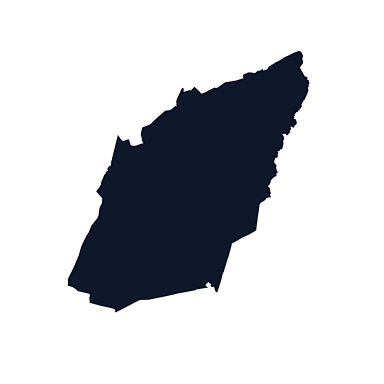 Annas pag., Aluksne, Latvia (orthographic projection), rotated 163°
{"feature_id": "27541924B70085660000419", "entity_name": "Annas pag.", "entity_type": "district", "adm_level": 2, "iso_a3": "LVA", "parent_name": "Latvia", "parent_adm1": "Aluksne", "projection": "orthographic", "projection_center": [26.969, 57.339], "detail": "fine", "context": "isolated", "style": "filled", "palette": "ink", "viewbox_px": 384, "rotation_deg": 163, "n_neighbors": 0, "source": "geoboundaries", "source_scale": "gbopen_adm2", "svg_char_len": 5884}
<svg xmlns="http://www.w3.org/2000/svg" viewBox="0 0 384 384"><g transform="rotate(163 192 192)"><path d="M318.0,164.4L325.4,155.5L330.6,149.7L330.8,149.7L335.4,144.7L335.6,144.2L337.2,139.0L333.7,136.7L331.2,133.8L330.6,133.0L329.7,131.2L318.8,124.9L319.7,120.9L320.3,120.9L321.4,116.3L312.2,110.5L304.1,106.0L299.5,103.1L299.6,100.0L273.4,104.8L264.5,102.3L260.3,102.0L249.9,100.9L241.2,100.2L240.1,100.0L237.7,100.1L218.0,97.9L216.6,98.3L206.2,96.9L206.9,97.7L207.1,98.2L207.1,98.8L206.9,99.3L206.6,99.7L204.6,101.1L203.7,101.6L202.0,101.7L201.6,101.4L201.4,100.4L201.1,99.8L200.5,99.3L200.1,98.8L200.0,98.4L200.2,97.5L200.7,96.9L200.8,96.6L200.8,96.4L200.6,96.2L199.8,95.8L197.9,95.3L197.7,94.9L197.8,94.5L197.9,93.3L197.7,92.2L198.0,91.5L198.0,91.2L197.6,90.3L197.6,89.9L197.7,89.1L190.1,100.2L188.3,103.5L187.0,105.4L185.4,107.1L179.9,115.4L178.9,116.7L178.9,117.3L177.5,118.7L177.0,119.3L170.4,129.8L169.7,131.4L169.6,131.9L167.8,132.1L163.8,132.8L158.5,134.2L149.3,135.5L142.4,137.2L139.1,144.6L138.4,145.9L137.1,149.1L133.7,156.1L133.6,156.9L133.2,157.3L131.9,160.3L130.4,161.8L128.4,162.7L126.8,162.9L125.1,163.5L124.5,163.8L123.5,164.8L120.3,165.2L119.6,165.1L118.7,164.8L118.7,165.0L119.1,165.8L119.5,166.2L119.5,166.4L119.4,166.7L118.5,167.3L117.7,168.1L117.6,168.5L117.8,169.8L117.8,170.7L117.3,171.8L117.2,172.8L117.4,173.2L118.3,174.6L118.4,175.3L118.2,175.8L117.1,176.6L116.6,177.3L116.0,177.2L115.5,177.4L115.3,178.1L114.8,178.6L114.8,179.4L114.1,179.9L113.9,180.4L112.4,181.5L112.0,181.7L111.8,182.1L110.7,182.2L110.3,182.6L109.9,182.8L109.6,182.8L109.2,183.2L108.7,183.4L108.2,183.2L107.2,183.2L107.0,183.4L107.0,185.0L106.8,185.6L105.2,185.9L105.0,186.1L105.0,186.9L105.5,188.6L105.3,189.3L105.2,190.0L105.4,190.5L105.3,191.1L104.6,191.9L104.3,192.4L104.6,193.8L105.4,195.0L105.4,196.8L105.1,197.6L104.5,198.9L103.5,199.7L102.7,201.1L102.4,201.3L102.0,201.2L100.8,200.7L100.6,200.8L100.1,201.4L100.0,201.9L100.1,202.5L100.0,203.1L99.5,203.5L98.9,204.3L99.0,205.8L99.2,206.5L99.0,207.0L98.3,207.3L97.8,207.3L97.2,206.5L96.9,206.4L96.5,206.6L96.2,206.9L96.1,207.1L96.1,207.8L95.7,208.4L95.2,208.4L94.6,207.7L94.0,207.4L93.7,207.4L93.6,207.5L93.6,207.8L93.1,208.5L92.2,209.5L92.4,210.2L91.4,211.3L90.6,214.2L89.9,215.6L89.1,216.0L89.0,216.3L89.1,217.3L89.1,217.7L88.8,218.3L88.7,218.6L89.4,219.4L89.3,219.9L89.4,220.1L90.0,220.2L90.2,220.5L89.8,221.3L89.3,221.6L88.8,221.6L85.4,221.3L85.0,220.8L84.7,220.2L84.6,219.6L84.4,219.2L84.0,219.2L82.5,220.4L81.3,221.0L81.3,221.3L81.8,221.7L81.9,222.3L81.5,222.6L80.0,223.0L79.5,224.2L79.5,224.5L79.7,224.8L79.7,225.1L79.8,225.4L80.0,225.5L79.6,226.2L79.2,226.3L78.8,226.2L78.3,226.4L77.7,226.1L76.9,226.8L76.7,226.0L76.4,225.6L76.3,225.0L76.2,224.8L76.0,224.7L75.8,225.0L75.4,225.2L75.2,226.0L75.4,226.4L75.3,226.5L74.5,226.6L74.0,226.4L73.0,226.8L73.1,227.1L72.1,227.9L72.1,228.3L72.5,229.2L72.1,230.1L72.2,230.7L72.7,231.2L73.7,231.3L74.1,231.6L74.2,232.2L73.9,232.7L73.6,233.2L73.2,233.4L73.3,233.8L73.5,234.2L73.3,234.8L73.1,235.2L72.3,235.3L72.7,235.9L72.7,236.3L71.9,236.8L71.1,236.9L70.7,237.2L70.6,237.5L70.8,238.1L70.7,238.3L69.8,238.3L69.6,238.1L68.6,238.8L68.1,238.8L67.8,238.5L67.6,238.6L67.7,239.1L67.0,239.8L66.5,239.8L65.8,239.4L65.7,239.6L65.6,240.1L65.1,241.1L64.7,241.1L63.9,240.9L63.6,241.4L63.4,241.9L62.6,242.1L62.7,243.0L62.7,243.6L62.2,244.3L61.6,244.7L61.5,245.4L61.1,245.7L60.9,246.0L59.9,246.4L59.9,246.8L59.9,247.5L58.6,247.6L57.2,248.5L56.7,249.3L54.4,251.7L51.7,255.3L51.6,256.9L51.7,258.3L51.4,258.6L50.8,258.7L50.2,259.1L50.1,259.9L49.6,261.1L48.7,261.9L48.6,262.3L48.8,262.6L49.4,263.0L49.2,263.9L48.4,264.1L48.4,264.4L49.1,264.7L49.5,265.2L49.6,265.7L49.8,266.0L49.7,266.7L49.2,266.9L49.0,267.5L49.4,268.3L50.8,268.4L53.3,279.7L48.6,283.5L48.4,287.0L47.1,289.6L46.8,289.7L46.9,291.9L47.0,292.6L47.6,293.9L48.7,294.9L53.2,294.7L57.8,294.0L58.3,293.8L59.4,293.7L60.5,293.3L61.5,293.6L62.9,293.0L63.7,293.0L64.1,292.6L65.2,293.0L65.6,292.7L65.3,292.4L65.8,292.1L67.9,291.9L71.7,291.1L74.2,290.8L74.7,290.6L74.8,290.4L76.5,290.1L77.0,289.8L77.5,289.7L78.1,289.8L78.7,289.6L79.1,289.3L80.7,289.1L81.8,288.6L82.8,287.5L83.1,287.5L83.2,287.2L83.6,286.9L84.9,286.7L85.2,286.5L87.5,286.5L89.0,286.2L88.9,286.9L89.2,288.1L92.0,287.2L93.1,287.9L94.7,287.5L96.1,286.8L97.2,286.5L98.9,287.2L100.5,288.2L103.5,289.2L105.3,288.7L107.3,288.9L108.2,288.4L108.9,287.4L108.3,284.5L109.8,284.9L111.1,285.1L112.7,285.0L117.8,285.0L128.2,286.4L136.6,283.7L138.0,283.6L138.3,283.4L139.1,283.7L140.0,284.4L140.2,284.5L146.9,283.5L148.2,282.9L154.5,282.3L157.0,287.1L159.1,290.9L163.6,288.4L164.6,289.4L171.7,289.4L171.8,289.9L170.5,293.0L170.9,293.5L177.9,285.8L179.5,283.7L180.1,282.5L179.9,282.1L180.3,280.6L180.6,280.3L181.0,277.8L182.6,277.3L182.8,278.2L188.7,275.9L193.7,276.8L196.6,275.5L196.5,275.3L200.6,273.8L207.4,270.6L211.7,268.2L216.5,267.7L219.2,267.6L219.8,267.7L220.5,267.1L223.3,262.2L223.3,261.9L223.8,256.4L224.0,254.5L223.4,254.0L223.5,253.1L223.9,251.9L225.7,252.2L233.4,252.0L237.7,254.1L237.6,255.3L237.8,260.2L242.6,260.2L244.1,260.1L244.6,260.3L244.3,261.3L244.4,261.6L245.4,263.4L246.4,266.5L257.9,247.3L258.2,246.7L258.6,245.6L259.5,244.9L259.6,244.5L259.6,244.1L260.3,243.4L260.3,243.2L259.9,242.7L259.9,242.4L260.2,242.2L260.7,242.1L260.8,241.9L260.5,241.4L260.8,240.9L260.8,240.6L261.2,240.4L261.8,240.4L262.0,240.3L262.1,240.0L262.6,239.8L263.3,240.1L263.7,240.0L264.0,239.8L264.2,239.4L265.1,239.2L265.3,238.9L265.4,238.2L265.4,236.8L265.5,236.5L266.3,236.0L267.9,235.7L268.2,235.3L268.3,234.9L268.6,234.4L269.7,233.7L270.3,233.6L275.4,227.4L276.4,225.1L277.4,224.3L279.5,222.3L281.5,221.2L282.5,220.3L278.8,212.1L280.8,207.1L281.3,206.4L282.4,205.7L283.3,204.7L284.2,203.8L285.4,201.5L287.6,196.4L288.7,195.1L290.0,193.8L294.0,191.2L297.6,188.6L301.5,183.7L303.4,181.9L305.3,180.4L311.6,173.7L313.7,171.1L318.0,164.4Z" fill="#0f172a" stroke="#020617" stroke-width="1.5"/></g></svg>